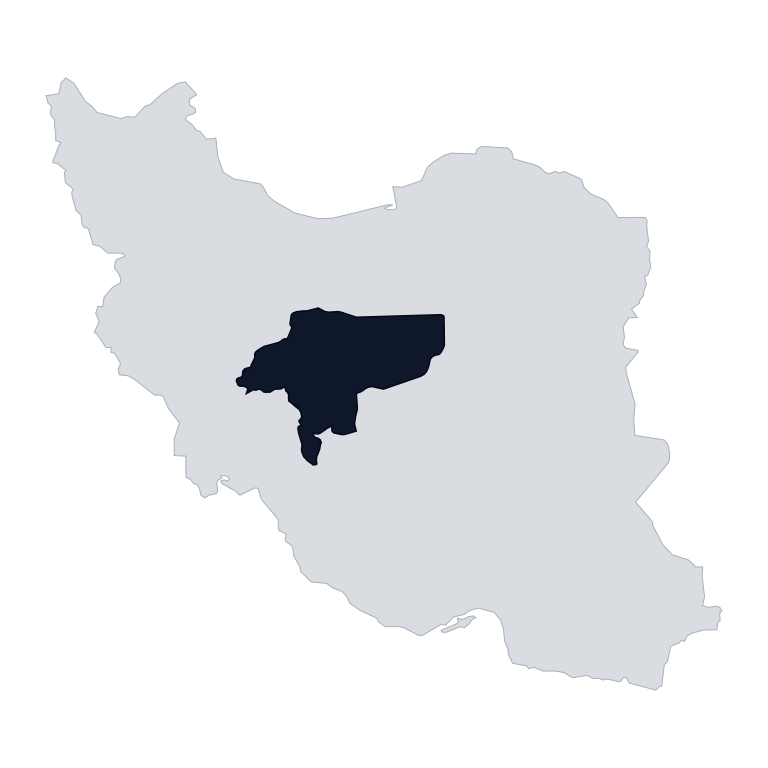 Iran, with Esfahan highlighted
{"feature_id": "IRN-3211", "entity_name": "Esfahan", "entity_type": "Province", "adm_level": 1, "iso_a3": "IRN", "parent_name": "Iran", "parent_adm1": "", "projection": "mercator", "projection_center": [51.611, 32.657], "detail": "fine", "context": "in_parent", "style": "filled", "palette": "ink", "viewbox_px": 768, "rotation_deg": 0, "n_neighbors": 0, "source": "natural_earth", "source_scale": "10m", "svg_char_len": 5654}
<svg xmlns="http://www.w3.org/2000/svg" viewBox="0 0 768 768"><path d="M392.8,186.7L402.5,187.1L420.3,181.1L421.9,179.7L427.3,167.4L433.5,161.9L444.2,155.3L451.1,153.1L475.4,154.0L477.2,149.1L481.3,146.5L507.7,147.9L511.7,151.8L513.3,158.8L535.3,165.1L539.8,167.2L545.1,172.4L549.5,173.8L555.3,171.4L558.8,173.0L564.6,171.6L581.6,179.3L583.9,187.1L587.0,190.6L590.7,193.9L604.3,199.9L608.3,203.4L618.0,217.6L645.3,217.4L647.1,220.5L646.7,226.6L648.6,241.1L646.5,246.4L650.0,251.1L649.5,260.1L650.9,266.4L647.8,275.0L644.6,276.8L646.4,284.4L643.6,291.8L643.9,294.6L639.6,300.8L639.4,303.2L631.5,309.0L637.2,317.4L628.6,317.9L623.1,326.9L624.5,337.6L623.1,343.1L624.0,346.2L626.2,348.3L637.9,350.4L638.2,351.8L625.7,367.2L626.3,373.2L635.1,404.2L633.7,419.6L634.8,435.4L664.3,440.0L667.6,444.0L669.7,452.7L669.5,459.2L668.6,462.5L635.6,502.1L652.3,521.6L653.0,526.0L663.0,545.0L672.3,554.7L688.5,560.0L696.0,567.1L702.7,566.8L702.1,576.4L704.6,596.4L702.6,605.5L708.3,607.4L717.1,606.1L720.2,607.8L721.9,611.1L719.7,613.0L720.0,620.8L717.7,622.4L716.8,629.8L703.7,630.0L691.6,633.2L687.1,636.0L684.6,641.2L680.6,640.8L679.3,642.7L670.6,646.4L667.6,661.3L664.3,664.9L661.7,686.2L659.8,686.4L655.6,690.1L629.3,683.1L626.7,678.0L624.0,677.1L620.1,681.9L606.9,679.1L602.5,680.0L599.7,678.5L592.6,678.4L587.0,675.4L572.6,677.8L563.9,672.5L554.6,671.0L543.1,671.1L533.7,667.2L528.8,668.7L526.6,665.9L512.6,663.3L508.1,653.7L508.0,649.0L504.6,640.7L503.4,628.6L500.3,619.7L494.4,612.5L478.4,608.1L470.0,610.4L463.8,614.5L453.6,616.9L445.7,625.0L441.1,624.4L422.4,635.4L418.4,635.3L404.4,627.9L398.2,626.5L385.5,626.8L378.5,621.8L376.7,618.2L360.1,610.4L349.9,603.3L346.8,596.6L342.3,591.7L332.4,587.7L326.7,583.5L311.3,581.9L300.4,571.3L300.3,567.8L293.9,556.1L292.8,547.6L291.4,545.3L286.0,541.8L285.1,539.5L286.3,534.1L279.2,530.7L278.2,528.1L278.3,519.7L261.5,499.5L258.1,488.3L255.0,487.9L240.0,495.2L235.6,491.1L222.4,483.9L220.6,481.2L223.9,479.8L227.2,481.1L229.2,479.6L228.4,477.2L225.1,475.7L220.6,475.8L221.8,478.1L217.6,480.2L216.7,483.1L217.7,491.4L216.0,493.8L209.0,495.2L204.6,497.9L200.7,494.8L199.5,488.7L197.1,484.8L193.4,483.3L190.6,479.4L186.0,477.4L185.8,456.1L174.2,455.6L174.2,439.2L179.5,423.0L168.4,408.3L163.4,397.0L160.4,394.9L154.7,395.2L135.3,379.9L128.6,375.9L119.3,374.8L118.2,369.4L120.5,363.4L116.1,355.6L114.7,353.3L110.9,352.4L111.1,347.4L106.2,347.7L96.9,334.1L94.2,332.2L99.3,321.8L95.7,313.4L97.9,306.3L102.7,306.6L104.1,297.0L112.6,287.2L120.1,283.0L120.8,280.0L119.3,274.6L114.5,268.0L115.2,262.3L116.7,259.5L124.6,256.4L125.0,255.2L121.2,253.1L107.5,253.1L100.0,246.4L93.0,244.7L88.8,229.9L87.6,228.1L84.3,227.6L82.2,224.9L81.0,215.0L76.1,210.6L72.1,195.8L71.8,192.2L73.1,189.0L65.4,182.6L64.4,172.8L65.9,170.4L57.1,163.3L53.1,162.9L52.7,161.7L58.6,146.2L61.0,142.7L55.7,140.4L55.7,132.7L54.3,126.3L54.8,120.2L51.3,115.8L50.3,113.0L51.5,106.3L48.0,102.9L46.1,95.7L58.9,93.7L61.2,82.6L65.8,77.9L73.9,83.3L85.3,101.3L92.1,106.5L97.1,112.5L121.3,118.7L126.5,116.7L134.8,117.1L145.2,106.1L150.0,104.7L162.3,93.6L177.5,83.4L185.3,81.8L196.8,94.7L190.2,98.7L189.1,101.9L189.9,105.0L195.1,108.3L195.7,111.9L193.9,113.7L187.2,115.7L185.3,119.4L192.6,125.2L196.2,130.2L200.1,131.4L206.2,139.2L215.9,138.2L217.9,156.9L223.4,172.3L233.6,178.9L260.1,183.8L263.1,186.8L267.4,195.2L274.3,201.2L294.8,213.0L317.3,218.6L332.3,218.3L387.6,204.8L392.8,204.8L384.5,208.2L387.7,209.7L394.7,209.7L396.3,208.4L396.6,206.1L392.8,186.7ZM472.5,619.1L469.2,623.8L464.3,627.8L460.5,626.6L445.7,632.4L441.7,632.0L441.2,630.2L457.5,623.4L458.3,621.6L457.4,618.1L462.6,619.6L468.5,616.7L473.4,615.9L475.7,617.9L472.5,619.1Z" fill="#d9dde1" stroke="#a8b0b8" stroke-width="1"/><path d="M255.6,352.1L258.5,349.7L264.1,346.4L278.7,342.5L280.9,341.1L282.9,339.5L285.1,338.8L287.1,338.8L288.0,337.1L291.4,329.0L291.8,326.5L290.8,325.9L290.0,324.1L291.1,315.8L291.5,314.6L292.8,313.2L296.2,311.8L303.7,310.9L306.4,311.0L318.3,308.0L325.0,311.6L328.5,312.2L338.1,311.6L340.5,312.0L355.4,316.9L357.2,317.2L440.9,314.7L442.8,315.3L443.7,316.0L444.0,316.5L444.4,345.1L443.4,348.1L440.4,353.3L438.4,354.7L435.7,355.0L432.2,356.8L430.3,359.2L428.7,366.2L427.6,369.3L426.3,371.8L424.3,374.2L420.6,376.3L383.5,389.1L372.4,386.6L369.9,386.7L366.5,388.0L364.4,389.3L362.8,390.6L360.6,391.9L358.0,392.7L356.6,393.6L356.4,395.0L357.4,407.7L357.1,410.4L355.6,416.2L354.9,421.2L354.6,422.2L354.7,425.1L356.2,431.1L344.2,434.6L341.6,434.6L333.8,432.9L332.1,431.4L331.8,427.6L331.3,426.5L330.7,426.4L325.9,429.0L325.2,430.0L324.2,430.4L319.5,433.6L316.8,434.0L313.4,433.2L313.3,434.4L314.1,436.3L315.2,437.4L316.6,437.9L318.1,438.2L320.2,439.8L321.2,442.5L320.3,445.3L319.6,449.5L316.6,456.9L316.4,460.5L316.7,462.9L316.7,464.2L315.8,464.6L313.1,465.0L312.4,464.3L307.5,460.7L303.7,456.7L301.8,451.7L301.5,448.9L301.9,447.5L302.0,444.3L298.8,433.7L298.0,429.0L298.2,426.8L299.4,426.0L300.9,425.3L300.8,424.1L299.7,422.7L299.0,421.5L299.2,420.2L300.6,419.2L301.7,417.0L301.0,412.7L299.2,409.4L295.1,406.3L293.3,404.5L288.8,401.0L288.5,397.7L288.7,394.7L287.9,393.5L287.6,392.3L287.1,391.7L286.2,391.5L285.8,390.5L285.5,388.6L284.1,387.4L282.6,387.6L281.8,388.5L280.4,389.0L275.8,389.1L274.4,389.4L270.5,391.9L268.9,392.3L267.8,391.9L266.1,392.3L263.8,392.0L261.7,390.2L259.5,389.0L258.0,389.4L256.9,389.9L255.6,390.1L253.2,389.8L246.3,393.6L247.3,390.5L248.0,389.3L246.6,387.3L243.0,386.0L240.0,386.2L238.1,385.2L236.4,381.0L236.4,380.6L236.6,379.6L237.1,378.7L237.9,378.2L240.7,377.3L242.3,376.1L242.9,371.1L244.9,368.7L250.1,367.3L251.0,366.8L251.0,366.0L251.2,365.0L254.8,357.9L254.7,356.0L254.8,353.8L255.6,352.1Z" fill="#0f172a" stroke="#020617" stroke-width="1.5"/></svg>